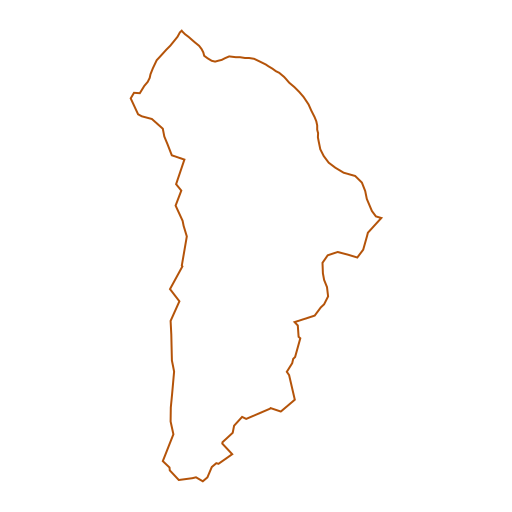 outline of Ibiono Ibom, Akwa Ibom, Nigeria
{"feature_id": "59680162B99910214526625", "entity_name": "Ibiono Ibom", "entity_type": "district", "adm_level": 2, "iso_a3": "NGA", "parent_name": "Nigeria", "parent_adm1": "Akwa Ibom", "projection": "orthographic", "projection_center": [7.885, 5.181], "detail": "fine", "context": "isolated", "style": "outline", "palette": "amber", "viewbox_px": 512, "rotation_deg": 0, "n_neighbors": 0, "source": "geoboundaries", "source_scale": "gbopen_adm2", "svg_char_len": 1911}
<svg xmlns="http://www.w3.org/2000/svg" viewBox="0 0 512 512"><path d="M169.8,470.4L178.8,480.0L192.3,478.2L196.0,477.3L202.8,481.3L207.4,477.4L211.8,467.0L216.3,463.2L218.5,463.8L232.2,454.2L222.3,443.6L222.5,442.2L232.7,432.8L234.1,425.7L242.1,416.9L246.2,418.9L270.0,408.7L270.6,408.1L280.7,411.5L281.0,411.4L294.8,399.7L289.1,375.1L286.8,371.8L292.2,363.2L293.2,358.9L295.1,357.0L300.3,338.3L298.6,336.8L297.8,325.5L294.6,322.1L314.7,315.6L320.8,307.4L324.1,304.3L328.1,296.4L327.0,287.1L324.1,279.9L322.9,273.3L322.5,262.8L327.7,255.3L337.6,252.0L347.7,254.6L354.3,256.6L357.3,257.5L363.2,249.7L367.0,236.2L367.9,232.7L381.3,218.0L375.9,216.4L371.9,211.0L366.8,198.9L365.2,191.0L361.9,182.6L355.2,176.0L343.6,172.7L335.3,167.7L328.7,162.7L323.7,156.0L320.3,149.3L318.6,141.0L317.9,137.3L318.1,133.0L317.8,132.1L317.2,129.7L317.2,125.5L316.3,121.3L314.6,117.1L311.2,110.4L308.6,104.5L303.6,97.0L299.3,92.0L298.5,91.2L296.2,88.9L294.3,87.0L289.3,82.8L287.9,81.2L286.2,79.2L284.2,77.0L279.2,72.8L275.9,71.2L272.5,68.7L268.3,66.2L265.8,64.5L259.1,61.2L254.1,58.8L249.1,58.0L245.0,58.0L240.0,57.2L235.8,57.2L229.2,56.4L225.0,58.2L221.7,59.9L218.4,60.7L215.1,61.6L211.7,60.8L207.6,58.3L204.2,55.8L203.3,52.4L201.6,49.1L199.1,45.8L194.9,42.4L192.0,39.9L188.6,36.9L188.2,36.6L184.9,34.1L182.4,31.6L181.7,30.7L179.9,32.4L177.5,36.8L170.3,45.7L166.3,49.7L159.6,57.1L156.7,60.2L152.9,68.2L150.5,74.2L149.7,77.9L147.7,81.9L144.3,85.9L139.8,93.2L134.0,92.8L130.7,98.4L138.1,114.3L141.8,116.3L151.9,119.0L162.8,128.7L164.3,136.5L167.5,144.2L171.8,155.3L184.4,159.6L176.1,184.2L181.3,190.6L175.6,205.6L182.6,220.8L183.6,225.8L186.8,236.4L186.8,236.5L181.8,265.6L182.4,266.4L170.0,289.1L179.4,301.3L170.6,320.9L171.3,334.6L171.9,360.5L173.0,365.9L174.1,371.6L172.1,394.1L170.8,407.5L170.6,421.5L173.4,434.3L169.4,444.4L165.0,455.6L162.8,461.1L169.5,467.5L169.8,470.4Z" fill="none" stroke="#b45309" stroke-width="2"/></svg>